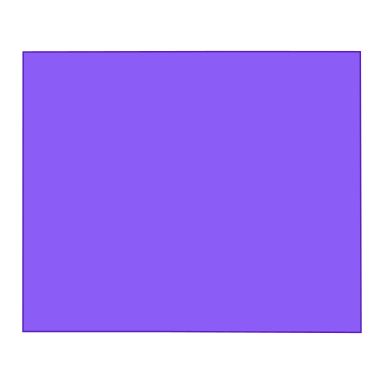 outline of Rush, Kansas, United States of America
{"feature_id": "52423323B32209186414231", "entity_name": "Rush", "entity_type": "district", "adm_level": 2, "iso_a3": "USA", "parent_name": "United States of America", "parent_adm1": "Kansas", "projection": "equal_earth", "projection_center": [-99.311, 38.523], "detail": "fine", "context": "isolated", "style": "filled", "palette": "violet", "viewbox_px": 384, "rotation_deg": 0, "n_neighbors": 0, "source": "geoboundaries", "source_scale": "gbopen_adm2", "svg_char_len": 231}
<svg xmlns="http://www.w3.org/2000/svg" viewBox="0 0 384 384"><path d="M23.2,52.0L23.0,331.5L159.4,331.5L361.0,332.4L360.3,51.8L354.4,51.7L225.5,51.6L184.8,51.7L23.2,52.0Z" fill="#8b5cf6" stroke="#5b21b6" stroke-width="1.5"/></svg>